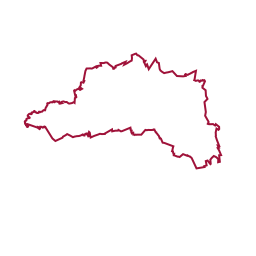 outline of Jiquipilas, Chiapas, Mexico, rotated 243°
{"feature_id": "50627088B19459757665748", "entity_name": "Jiquipilas", "entity_type": "district", "adm_level": 2, "iso_a3": "MEX", "parent_name": "Mexico", "parent_adm1": "Chiapas", "projection": "mercator", "projection_center": [-93.615, 16.574], "detail": "fine", "context": "isolated", "style": "outline", "palette": "rose", "viewbox_px": 256, "rotation_deg": 243, "n_neighbors": 0, "source": "geoboundaries", "source_scale": "gbopen_adm2", "svg_char_len": 5724}
<svg xmlns="http://www.w3.org/2000/svg" viewBox="0 0 256 256"><g transform="rotate(243 128 128)"><path d="M117.8,212.0L118.6,212.1L121.1,212.0L126.4,214.3L130.1,212.6L131.4,213.3L131.2,213.5L134.7,217.8L135.7,217.8L136.1,217.6L136.1,217.4L136.0,217.1L136.0,216.8L136.7,216.4L136.9,216.2L136.8,215.6L136.6,215.3L137.3,214.4L137.1,214.1L136.8,213.8L136.6,213.0L136.7,212.7L137.1,212.6L137.5,212.8L138.2,212.5L138.6,212.0L138.9,211.3L139.2,209.8L139.5,209.5L140.4,209.1L140.6,208.8L141.4,209.6L148.1,214.5L148.4,211.0L148.2,210.1L148.4,209.5L148.2,208.7L148.3,206.8L148.2,205.3L149.9,203.8L149.7,203.1L148.2,203.0L149.0,200.5L152.1,195.2L158.5,193.4L158.8,191.9L159.5,188.8L159.9,187.6L160.5,185.1L162.9,183.7L164.6,183.0L166.2,183.0L171.9,185.0L173.4,183.7L177.2,184.1L172.6,176.0L171.0,173.2L176.1,173.9L176.0,173.5L175.0,172.0L175.8,172.0L176.0,172.1L179.4,172.2L179.6,174.3L179.4,174.4L179.8,174.4L180.1,172.3L181.9,173.0L188.0,170.3L188.5,169.4L189.2,169.2L190.5,169.1L190.8,168.3L191.1,164.3L188.5,163.3L186.4,161.9L186.4,159.6L186.2,157.7L186.1,156.9L186.1,156.0L186.1,153.4L188.1,155.9L188.4,151.9L188.2,151.4L188.9,145.2L188.6,145.0L188.2,144.8L188.5,144.6L187.8,143.8L187.8,143.4L187.7,143.2L187.3,143.1L187.2,142.4L186.8,141.8L186.6,141.7L187.8,141.8L188.6,142.1L189.1,142.1L193.1,140.1L195.4,139.3L195.8,139.0L196.2,138.4L196.7,137.3L196.8,136.0L198.4,133.0L195.7,132.3L196.8,130.1L197.1,128.8L196.1,128.5L196.0,127.3L196.4,127.2L197.4,127.3L197.3,123.2L197.6,122.3L198.2,121.5L199.8,118.1L198.2,116.0L194.0,112.7L193.4,112.3L190.8,110.2L190.6,110.0L189.8,110.5L188.6,108.9L189.8,107.7L189.9,106.7L187.4,105.2L186.4,103.4L185.2,104.1L183.8,104.8L183.7,102.6L185.5,101.7L185.5,100.6L185.6,99.5L185.0,97.6L185.9,97.3L185.7,96.9L180.7,95.7L180.9,95.9L180.9,96.1L180.8,96.5L180.5,96.4L180.2,96.1L179.3,96.1L179.1,96.0L178.9,95.9L178.8,94.3L174.7,91.8L175.3,91.5L175.7,91.1L175.6,89.8L175.7,89.2L176.3,87.1L176.5,86.6L177.1,86.1L179.0,85.2L179.5,84.0L181.0,82.5L181.2,81.8L181.2,81.3L181.4,80.8L181.3,79.6L181.3,79.2L181.5,78.9L180.8,79.1L180.3,79.6L180.6,78.3L180.9,78.2L181.1,78.3L181.2,78.0L182.7,78.5L182.8,77.7L183.1,77.3L183.6,77.2L184.8,75.1L184.3,74.4L184.4,74.0L184.8,73.9L185.3,74.2L185.5,74.2L185.7,73.9L185.6,73.3L185.3,72.6L185.2,72.1L185.4,71.8L185.8,71.5L186.0,71.0L186.2,70.0L186.0,69.3L186.0,68.7L186.4,68.1L186.6,67.9L186.6,67.7L186.6,67.3L186.3,67.0L185.9,66.9L185.5,66.9L184.9,66.5L184.6,65.9L184.6,65.7L184.0,65.1L183.7,64.3L183.0,63.5L182.6,63.1L181.7,62.5L181.4,62.1L181.6,61.8L182.0,61.5L182.2,60.8L182.1,60.2L181.8,59.6L181.6,59.0L181.6,58.7L182.0,58.0L182.0,56.8L182.1,56.5L182.7,56.4L182.9,56.2L182.8,55.9L182.3,55.5L182.2,55.2L182.2,54.6L182.8,53.6L183.1,53.4L183.3,53.5L183.5,53.4L183.9,53.1L184.1,52.6L184.5,52.4L185.1,52.5L185.4,52.5L185.6,52.4L185.7,51.9L185.5,51.6L185.2,51.4L185.1,50.7L185.5,49.7L185.4,49.0L185.1,48.8L184.7,49.0L184.4,48.7L184.2,48.4L184.3,47.9L184.6,47.6L185.2,47.1L185.4,46.6L185.4,46.2L184.8,44.5L184.5,44.2L184.1,44.1L182.1,45.1L181.9,45.1L181.7,45.0L181.6,44.5L182.2,43.1L182.2,42.0L182.2,41.7L181.9,41.4L181.6,41.4L180.9,40.9L180.8,40.3L181.0,39.7L180.5,38.9L179.8,38.7L179.6,38.8L178.8,38.3L178.5,38.2L178.0,38.6L177.6,38.7L177.1,38.7L177.0,38.4L176.7,38.3L175.5,38.9L175.2,38.9L174.9,38.6L174.6,38.8L174.5,39.3L175.3,40.5L175.0,39.9L175.5,39.7L175.9,39.6L176.0,39.4L176.3,39.2L176.8,39.2L177.0,39.3L177.1,39.6L177.4,39.7L177.3,40.0L169.4,47.6L167.2,48.7L167.3,49.0L167.4,49.3L167.6,49.4L167.9,49.4L168.3,49.2L168.9,49.1L168.6,49.4L168.5,50.3L168.9,50.5L168.3,51.5L167.5,51.8L167.0,52.2L167.0,52.9L167.3,53.2L166.9,53.7L167.0,53.8L166.7,53.7L166.6,53.9L166.7,54.0L166.3,54.4L166.3,54.6L166.7,54.7L166.6,54.8L166.1,54.7L165.8,54.8L153.0,55.9L149.4,57.4L149.1,65.2L149.8,66.1L149.9,69.3L150.2,71.0L147.4,73.1L144.9,74.7L144.9,75.1L144.7,75.3L144.6,76.6L144.4,77.1L144.0,78.6L143.1,80.7L142.8,82.4L142.8,84.6L142.4,84.6L141.8,84.8L141.6,85.1L141.3,85.5L142.0,85.7L141.9,87.2L141.5,87.3L141.5,88.1L142.0,88.1L141.9,88.6L141.0,88.8L138.6,88.8L138.5,89.4L141.4,90.4L141.8,90.9L142.0,91.3L142.2,91.5L141.3,91.8L136.5,90.4L136.3,94.3L135.7,98.7L135.6,100.3L134.4,102.0L133.2,104.7L133.6,105.0L133.6,105.3L134.0,113.1L132.2,112.4L131.4,115.4L130.2,117.9L130.7,118.6L128.2,120.2L127.9,121.3L127.2,130.3L126.3,130.0L126.0,130.0L125.9,129.7L124.6,129.4L124.3,129.5L124.0,130.0L123.4,129.4L123.1,129.5L122.9,129.1L122.4,129.0L122.0,129.1L121.6,129.0L121.6,129.3L121.3,129.6L121.4,129.9L121.3,130.0L121.3,130.5L121.0,130.4L120.5,130.0L119.7,129.7L119.0,131.0L118.7,131.0L118.6,131.9L118.2,132.3L117.7,133.6L116.0,136.8L118.4,142.6L118.1,142.9L117.8,143.5L117.5,143.7L117.1,145.2L116.4,146.4L115.3,148.6L114.6,150.2L114.8,150.3L114.5,150.6L114.5,150.8L113.8,150.7L113.1,150.8L112.1,150.7L111.7,150.8L111.3,151.2L110.8,151.0L109.3,151.5L108.9,151.4L107.4,151.8L107.2,151.9L105.7,151.7L105.8,151.8L105.4,151.9L105.0,151.9L103.5,152.5L99.2,152.2L98.2,153.6L91.1,160.1L90.1,159.1L88.6,157.9L87.3,156.7L86.7,157.4L85.5,157.0L84.4,156.8L84.1,157.4L82.9,156.4L82.4,157.0L80.0,159.1L79.8,159.6L79.3,160.2L78.7,160.8L79.7,165.2L76.4,168.1L76.7,168.5L74.2,170.2L74.2,170.4L72.3,171.1L60.9,170.7L58.5,178.4L59.4,178.5L59.0,181.1L63.2,182.3L62.9,184.1L58.4,185.0L58.5,185.4L62.4,187.0L63.3,189.0L64.1,191.7L62.4,193.1L61.2,193.7L59.2,194.3L56.6,192.8L56.2,194.5L62.3,196.8L61.6,198.6L66.8,199.0L69.4,198.8L69.1,200.0L70.5,199.9L71.6,200.0L70.7,201.1L77.3,201.8L80.9,202.4L81.5,203.0L82.4,203.3L83.6,203.9L83.9,203.9L84.6,204.4L87.3,206.6L85.3,207.8L85.7,208.8L87.7,209.7L91.5,208.0L90.7,207.1L90.6,206.8L92.9,205.5L93.7,203.7L94.6,201.9L96.1,200.3L95.2,201.9L96.3,202.1L97.0,202.6L103.9,202.3L106.9,204.6L116.4,207.9L117.8,212.0Z" fill="none" stroke="#9f1239" stroke-width="2"/></g></svg>